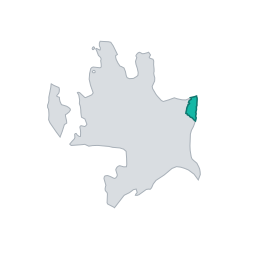 Azerbaijan, with Xaçmaz highlighted, rotated 40°
{"feature_id": "AZE-1730", "entity_name": "Xaçmaz", "entity_type": "District", "adm_level": 1, "iso_a3": "AZE", "parent_name": "Azerbaijan", "parent_adm1": "", "projection": "albers", "projection_center": [48.76, 41.597], "detail": "fine", "context": "in_parent", "style": "filled", "palette": "teal", "viewbox_px": 256, "rotation_deg": 40, "n_neighbors": 0, "source": "natural_earth", "source_scale": "10m", "svg_char_len": 3683}
<svg xmlns="http://www.w3.org/2000/svg" viewBox="0 0 256 256"><g transform="rotate(40 128 128)"><path d="M168.9,197.8L168.0,197.8L161.5,199.3L160.1,198.8L154.6,191.7L153.4,190.9L151.0,190.6L149.6,189.4L148.5,187.5L147.9,186.1L142.1,182.2L141.3,180.8L141.2,179.5L142.1,178.4L143.0,177.5L145.8,176.5L149.1,175.7L150.2,175.2L150.7,174.1L150.7,172.5L150.1,170.9L145.5,167.9L145.0,166.6L144.8,165.1L145.1,163.5L145.9,162.2L149.7,160.5L151.7,158.7L150.5,156.7L146.4,152.1L141.6,147.1L138.3,147.0L134.6,148.5L128.6,152.7L125.2,154.4L120.9,157.4L116.1,160.7L112.2,164.2L109.7,167.1L105.4,168.3L103.1,170.7L95.7,177.9L93.7,177.8L93.7,174.1L93.9,171.2L93.5,169.5L91.2,167.1L91.2,166.1L91.8,165.5L93.6,166.0L95.9,165.9L97.0,165.0L94.6,161.9L92.5,159.8L90.7,158.4L90.3,157.6L90.3,157.0L90.7,156.3L93.9,154.7L94.3,153.2L94.1,151.5L89.2,148.8L85.4,149.6L82.2,146.7L80.1,144.4L77.5,142.0L75.1,140.6L72.9,137.6L69.1,134.4L66.5,133.5L66.6,133.0L67.1,132.5L68.2,132.0L75.2,132.4L76.1,131.9L76.6,130.6L77.6,128.7L78.9,125.9L78.8,123.5L71.9,119.4L66.9,115.6L63.5,110.8L61.3,106.4L61.4,105.0L62.1,103.7L67.8,99.9L68.2,98.9L68.1,98.2L66.2,96.1L63.8,94.0L63.1,92.4L61.6,91.6L58.7,91.4L53.7,88.6L52.6,88.3L52.4,87.8L52.7,87.3L56.4,86.4L56.3,85.6L55.3,84.4L53.3,83.5L51.5,81.4L50.9,79.5L57.7,74.4L59.7,73.4L63.9,74.6L72.7,78.5L72.0,80.4L72.9,81.6L74.9,83.1L78.8,84.8L82.1,85.7L83.8,85.1L86.4,84.6L89.7,86.4L92.7,88.8L94.2,89.7L95.0,90.0L97.4,89.3L100.3,86.5L101.5,83.1L101.8,81.4L100.2,79.0L96.9,76.4L93.2,74.1L90.9,72.1L89.4,68.3L87.9,67.8L87.5,67.3L87.3,66.0L87.4,64.1L88.0,62.7L89.5,62.2L91.1,62.0L92.5,60.7L94.3,58.1L95.1,56.7L98.3,57.6L98.7,60.0L99.2,60.5L100.6,60.2L102.9,59.3L104.6,60.1L106.9,63.0L110.0,66.0L111.7,68.0L112.4,69.4L114.0,70.8L116.3,72.4L118.2,74.9L119.8,80.6L121.5,82.0L127.6,84.2L129.8,84.7L135.9,85.5L138.0,85.0L141.2,80.1L144.1,75.1L146.7,74.1L151.4,71.6L154.3,69.3L155.5,66.9L158.2,62.2L159.8,59.5L162.6,61.9L167.4,68.2L174.3,78.6L176.0,81.5L177.2,84.9L178.1,89.1L179.8,92.7L186.9,101.8L190.0,105.2L195.0,109.5L196.8,110.5L199.1,110.7L203.4,110.7L207.4,112.4L209.4,113.5L211.4,115.2L213.3,117.2L215.2,122.6L208.3,120.9L201.3,121.3L197.4,122.5L193.6,124.1L190.0,126.4L187.7,130.7L185.9,140.8L183.1,150.2L183.3,154.6L184.5,158.7L184.4,160.7L183.1,161.5L181.5,163.3L179.3,172.0L178.3,173.7L176.9,174.8L176.5,173.7L176.5,171.5L173.5,169.5L171.8,171.7L170.7,176.5L168.5,181.5L168.3,182.4L168.9,197.8ZM66.6,107.5L67.0,106.2L66.2,105.6L65.2,105.5L64.4,106.2L64.4,107.8L65.5,108.2L66.6,107.5ZM42.2,145.7L41.2,144.3L40.8,143.5L43.9,143.0L49.1,141.4L50.5,142.4L51.9,144.3L52.6,145.9L52.6,149.0L53.2,149.5L55.7,148.6L56.8,149.8L58.7,151.3L62.0,152.9L66.9,150.8L69.3,150.4L71.3,150.5L72.3,151.2L72.6,153.6L72.1,156.4L71.5,158.0L72.5,159.1L76.3,162.0L77.9,163.6L77.1,166.3L79.8,172.9L80.7,175.5L81.8,178.6L75.8,177.2L64.9,174.2L61.9,172.7L59.2,169.0L57.6,167.2L55.2,164.8L53.2,163.9L51.7,162.2L50.9,159.9L49.7,157.8L47.5,155.2L42.8,146.6L42.2,145.7ZM51.1,90.2L50.4,90.7L49.4,90.1L49.2,89.1L49.3,88.0L50.3,87.8L51.1,88.2L51.3,89.1L51.1,90.2Z" fill="#d9dde1" stroke="#a8b0b8" stroke-width="1"/><path d="M156.4,64.5L158.5,61.8L160.0,59.5L160.3,59.8L161.2,60.3L162.3,61.3L165.0,65.0L166.0,66.1L166.4,66.7L166.6,67.7L168.7,70.0L169.8,72.6L170.5,72.8L171.0,73.3L171.4,73.9L171.6,74.5L172.3,75.5L172.6,75.9L173.4,76.1L173.6,76.3L174.1,77.0L175.2,79.3L173.4,79.4L171.8,79.1L170.3,79.0L169.0,79.5L167.9,79.5L166.9,79.1L166.0,79.5L165.0,79.7L164.4,79.1L163.7,79.4L162.9,79.6L162.4,78.8L161.8,77.7L161.3,76.6L160.5,75.4L159.9,74.2L159.5,72.5L158.9,71.3L159.4,70.5L159.4,69.7L158.7,69.5L157.9,69.5L157.3,67.5L158.0,65.3L157.2,64.5L156.4,64.5Z" fill="#14b8a6" stroke="#0f766e" stroke-width="1.5"/></g></svg>